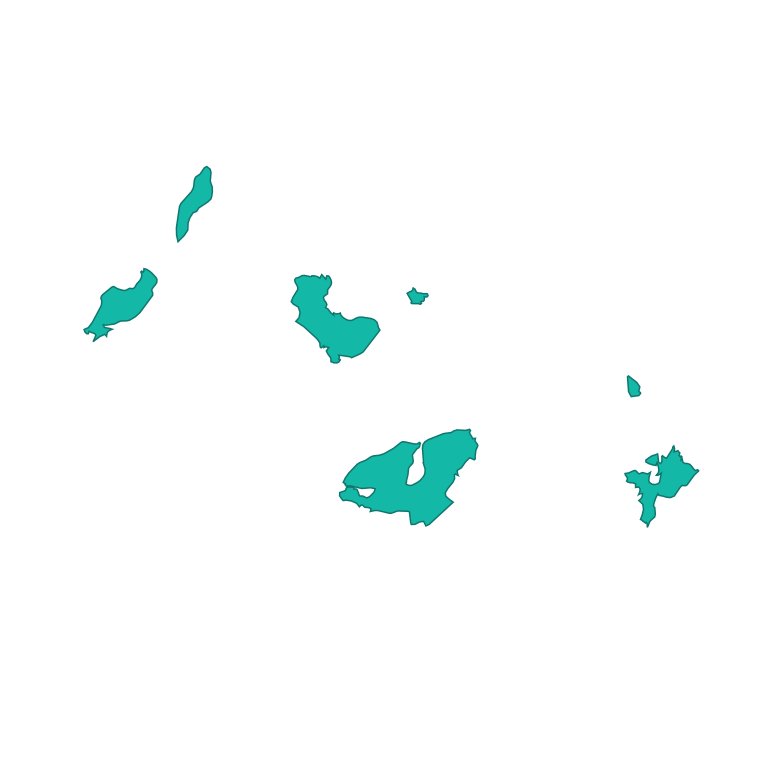 SVG path tracing the border of Voreio Aigaio, rotated 139°
{"feature_id": "GRC-2988", "entity_name": "Voreio Aigaio", "entity_type": "Region", "adm_level": 1, "iso_a3": "GRC", "parent_name": "Greece", "parent_adm1": "", "projection": "robinson", "projection_center": [25.95, 38.775], "detail": "fine", "context": "isolated", "style": "filled", "palette": "teal", "viewbox_px": 768, "rotation_deg": 139, "n_neighbors": 0, "source": "natural_earth", "source_scale": "10m", "svg_char_len": 6177}
<svg xmlns="http://www.w3.org/2000/svg" viewBox="0 0 768 768"><g transform="rotate(139 384 384)"><path d="M491.3,322.8L491.3,324.8L490.9,328.7L488.6,331.1L483.2,328.9L480.2,330.4L478.0,329.5L476.2,327.4L474.3,325.7L475.7,324.3L474.0,323.2L473.7,322.0L474.5,319.0L475.6,316.6L475.7,315.2L473.6,313.5L471.8,309.4L468.8,308.4L462.5,308.9L459.3,310.7L462.2,314.5L469.3,319.7L476.1,329.1L479.4,331.8L479.4,333.4L479.0,334.4L478.8,334.3L479.4,336.5L474.7,338.5L468.9,339.9L457.0,341.0L453.9,340.6L448.0,338.5L441.5,337.6L438.9,336.5L434.4,333.4L429.9,331.4L419.1,329.2L409.7,328.8L407.8,328.2L406.2,326.6L400.5,318.9L398.5,317.1L395.5,316.6L395.5,315.2L396.6,314.8L398.1,313.5L399.4,313.1L401.7,313.5L408.7,312.0L409.5,311.3L412.4,306.7L414.4,305.3L418.5,304.9L420.6,304.4L425.5,299.8L431.0,295.9L431.2,295.3L433.0,294.3L432.4,292.2L430.6,290.0L428.7,289.0L422.8,287.7L420.6,287.5L416.7,287.9L413.6,288.7L411.1,290.3L408.7,292.9L406.0,299.1L405.4,299.1L397.2,310.2L394.5,312.6L391.1,313.5L387.3,313.0L371.8,307.6L369.2,306.0L366.5,304.1L364.8,303.2L362.4,302.9L359.1,301.5L352.8,295.4L349.2,293.7L349.2,292.1L351.3,291.4L352.0,289.3L352.3,286.8L353.0,284.5L352.2,284.2L350.6,283.0L352.0,282.0L352.7,281.1L352.9,279.7L353.0,277.6L353.6,276.0L355.1,275.1L358.1,273.8L363.1,269.2L364.3,267.6L365.6,267.6L367.8,272.1L373.7,271.7L380.5,270.0L385.5,270.8L387.6,267.6L388.0,266.2L389.0,268.3L389.2,269.3L390.5,269.3L392.8,266.2L396.6,264.6L404.3,263.3L409.1,261.7L410.9,259.0L410.6,255.1L409.3,249.4L442.0,248.4L445.5,249.4L444.2,254.3L447.6,256.5L452.5,257.7L455.6,260.1L454.5,262.3L448.7,270.8L449.2,272.0L456.9,279.2L463.1,281.6L464.6,282.7L471.6,292.5L474.0,294.6L478.0,296.8L475.6,298.3L476.4,300.2L477.7,301.9L479.4,303.6L479.5,305.8L480.0,307.2L481.2,307.7L483.1,307.4L482.9,311.9L485.3,317.0L488.7,321.1L491.3,322.8ZM409.4,435.6L407.1,438.4L406.8,442.8L405.9,446.7L401.8,447.9L403.2,450.0L404.0,450.5L405.5,451.0L404.4,452.4L407.7,452.5L407.8,453.9L405.5,457.1L405.0,460.4L405.0,463.2L406.9,480.0L409.5,489.1L404.6,489.8L400.3,493.2L398.2,498.3L400.0,503.7L400.0,507.0L395.6,509.2L386.8,512.0L385.3,514.3L384.2,519.3L383.1,521.1L381.3,521.7L377.5,520.1L374.8,519.6L373.0,518.3L368.9,513.1L368.1,512.8L367.4,513.0L365.6,511.3L363.8,508.7L363.0,506.0L359.2,507.4L359.2,501.3L356.2,503.2L354.9,501.8L355.2,498.7L356.8,495.2L358.5,493.8L360.9,492.9L364.3,492.2L365.3,491.5L367.4,489.1L371.9,489.5L372.9,489.1L374.1,486.5L374.2,483.8L375.0,481.4L378.0,480.0L377.1,477.5L377.4,472.1L376.8,469.2L376.4,470.3L375.4,470.8L374.6,469.1L373.5,467.8L372.1,466.8L370.4,466.2L371.4,464.2L371.3,461.2L370.4,458.0L369.2,455.5L367.0,453.4L364.9,452.6L362.5,452.2L359.3,451.0L356.6,448.8L350.7,441.8L349.2,438.8L348.8,435.3L349.8,432.9L351.1,430.5L351.8,427.3L378.6,421.9L382.3,422.4L391.2,425.1L391.6,426.6L399.3,435.6L400.0,433.6L400.6,432.9L401.8,432.6L401.9,431.6L401.7,431.3L400.6,431.1L403.4,430.2L405.7,430.8L407.8,432.7L409.4,435.6ZM279.3,103.0L277.7,105.2L276.9,106.0L276.9,107.4L277.8,107.3L278.0,107.6L277.9,108.3L278.5,110.3L278.8,112.5L279.3,113.5L275.0,115.8L270.5,119.0L267.6,123.4L268.1,128.9L265.6,128.8L263.6,129.4L262.1,130.4L260.7,131.8L263.2,133.3L264.4,133.5L261.6,134.9L259.5,136.8L259.3,139.0L262.0,140.9L259.7,143.4L260.7,145.8L263.0,148.0L264.4,150.1L264.6,151.7L263.6,152.0L262.0,153.2L261.7,154.8L261.5,157.0L260.8,158.3L257.8,156.4L252.5,154.8L251.0,153.8L250.7,151.7L250.7,149.6L250.1,148.7L247.0,147.6L244.0,143.1L240.8,142.6L245.0,139.8L247.3,137.7L248.3,135.7L247.4,132.4L245.4,130.3L243.0,129.1L240.8,128.9L233.2,134.8L236.3,135.1L237.4,135.6L238.3,136.5L235.1,137.0L232.7,139.1L230.9,142.2L229.6,145.5L231.5,144.6L232.1,144.0L234.1,146.4L236.3,150.0L237.5,153.3L236.3,154.8L232.4,154.5L229.1,154.0L223.4,151.7L227.5,145.5L228.2,144.7L227.3,142.4L225.3,143.1L223.2,145.3L222.0,147.1L220.8,147.1L220.7,145.4L219.5,142.6L209.0,145.7L207.0,147.1L205.9,147.1L207.1,144.6L208.1,143.6L209.6,142.6L207.2,141.3L205.9,140.9L206.1,139.0L205.9,138.0L207.0,137.1L208.2,136.5L208.2,134.8L207.0,134.8L207.0,133.5L207.9,133.2L209.6,131.8L208.2,131.8L209.8,128.6L209.0,126.7L207.3,125.0L205.9,122.7L205.8,119.5L206.1,116.6L205.7,114.4L203.5,113.5L203.5,112.0L209.9,111.7L221.5,109.0L223.3,109.5L225.8,112.0L228.7,111.6L238.4,109.0L242.4,110.4L244.9,113.0L246.9,116.2L249.6,119.6L249.3,121.4L253.3,119.9L258.2,117.1L260.7,115.1L260.7,113.1L264.6,107.8L267.0,106.0L267.7,106.1L272.6,106.0L274.1,105.6L279.3,103.0ZM572.1,617.3L574.1,615.9L575.3,616.9L575.6,619.3L574.6,621.9L570.2,620.5L563.5,621.9L546.8,628.3L545.1,629.3L543.1,631.2L542.0,632.7L541.7,633.9L541.1,634.8L539.4,635.7L537.8,636.0L526.1,635.7L524.3,635.2L523.6,633.8L523.1,632.0L522.4,630.3L519.4,625.7L517.6,624.1L513.2,623.1L511.2,620.9L509.7,620.4L508.1,620.6L505.2,621.7L500.3,622.3L497.3,623.5L495.0,625.5L494.0,628.1L492.7,628.1L492.7,626.5L491.5,626.5L489.5,628.5L487.9,626.3L486.8,622.5L486.4,619.7L486.2,614.3L486.8,611.8L488.9,609.7L492.0,608.8L495.3,608.3L497.8,607.3L498.9,604.4L500.4,602.7L521.3,598.0L527.7,597.9L534.2,599.1L536.8,600.5L541.6,604.4L548.0,606.1L555.1,610.7L557.1,612.8L557.8,610.3L556.7,608.4L554.9,606.4L553.2,603.6L556.2,604.6L558.4,604.6L560.3,603.7L562.1,602.0L562.2,604.7L567.2,606.2L575.8,606.8L569.5,609.7L569.2,611.6L570.0,613.2L571.1,614.9L572.1,617.3ZM446.1,626.5L442.9,632.4L438.2,638.1L421.9,652.1L418.8,653.5L403.0,655.5L399.4,657.0L397.5,658.4L393.9,661.8L391.9,663.1L390.1,663.7L385.0,663.1L377.8,665.0L375.1,664.4L374.3,660.1L375.8,657.1L381.8,651.3L383.1,648.7L384.3,645.5L387.2,641.9L390.6,638.9L393.1,637.2L397.7,637.0L408.3,638.4L412.1,637.2L415.8,638.5L421.3,636.9L426.2,634.1L431.1,628.9L437.2,627.2L446.1,626.5ZM304.2,420.3L305.3,422.0L310.3,426.5L310.4,427.5L310.1,427.8L308.9,428.0L307.1,437.3L304.5,436.8L302.7,436.1L301.0,436.0L299.0,437.3L298.4,435.2L299.2,432.5L299.0,431.1L298.3,430.1L296.2,428.0L295.3,426.5L293.0,424.7L292.1,423.5L292.7,421.9L293.9,421.4L295.1,421.9L296.4,423.5L297.5,421.9L298.9,420.8L300.3,420.7L301.5,421.9L302.7,421.9L302.7,420.3L304.2,420.3ZM199.3,208.1L205.7,212.3L204.4,217.8L195.5,229.7L194.2,229.7L192.2,219.1L192.8,214.0L196.7,211.2L196.1,209.4L196.5,208.6L199.3,208.1Z" fill="#14b8a6" stroke="#0f766e" stroke-width="1.5"/></g></svg>